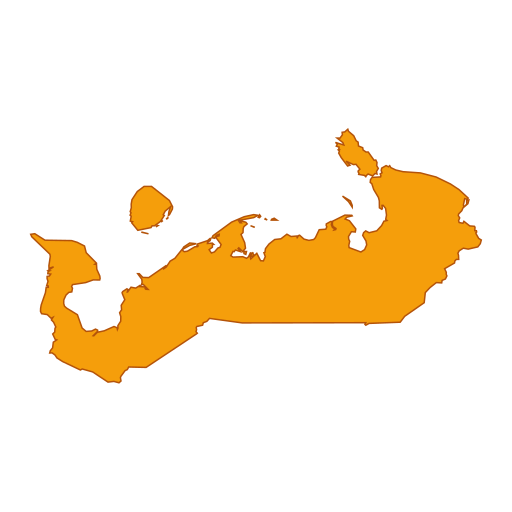 the Autonomous Province of Nenets
{"feature_id": "RUS-2381", "entity_name": "Nenets", "entity_type": "Autonomous Province", "adm_level": 1, "iso_a3": "RUS", "parent_name": "Russia", "parent_adm1": "", "projection": "mercator", "projection_center": [54.749, 68.144], "detail": "fine", "context": "isolated", "style": "filled", "palette": "amber", "viewbox_px": 512, "rotation_deg": 0, "n_neighbors": 0, "source": "natural_earth", "source_scale": "10m", "svg_char_len": 6064}
<svg xmlns="http://www.w3.org/2000/svg" viewBox="0 0 512 512"><path d="M49.7,353.0L50.3,350.7L52.6,347.9L53.3,342.2L56.7,339.9L55.2,339.4L52.7,334.0L54.7,332.1L55.0,328.3L55.8,327.0L53.6,322.2L51.4,319.9L52.9,317.4L51.1,318.3L47.3,314.6L41.6,313.7L40.5,311.4L40.6,308.4L41.2,305.0L45.4,292.8L46.2,287.3L48.3,287.3L48.2,285.9L46.7,285.5L48.0,281.3L47.1,278.7L47.1,276.4L49.4,276.0L50.7,274.1L47.8,273.7L48.1,271.5L49.6,270.8L48.1,270.5L53.6,266.8L49.0,268.3L48.9,265.6L50.3,256.4L49.9,254.2L31.8,236.8L30.7,234.3L34.8,233.7L45.0,240.2L71.6,240.6L77.2,242.3L84.5,246.0L86.2,252.7L96.4,263.1L94.9,264.2L96.5,264.4L96.8,269.3L99.8,276.0L100.1,278.5L99.7,280.0L93.2,279.9L85.7,282.6L72.5,284.6L71.6,286.6L72.5,288.2L71.8,291.9L68.8,292.4L66.0,295.1L63.8,299.9L63.7,303.5L64.5,306.2L66.6,308.1L77.4,314.7L82.1,328.0L86.1,331.4L91.7,331.0L95.5,329.1L97.6,330.1L97.7,331.2L93.2,335.7L93.8,335.8L97.3,332.3L104.3,330.8L114.0,326.5L117.0,327.7L117.4,329.5L117.9,328.4L117.9,325.6L120.7,321.2L120.8,316.6L119.6,312.7L121.6,309.8L121.2,305.3L124.8,299.7L122.3,293.6L122.1,292.5L122.8,291.5L126.9,288.8L127.9,289.4L127.3,292.0L127.7,291.9L131.0,287.2L135.7,288.1L140.0,285.4L140.8,286.2L140.0,286.6L144.5,286.9L145.9,288.0L145.2,288.7L145.9,289.3L148.1,289.4L143.2,284.4L141.5,284.8L142.1,282.3L141.8,279.3L137.7,273.7L139.3,273.7L142.8,277.4L148.7,277.6L166.5,265.3L163.0,269.3L166.2,267.1L170.2,261.1L174.9,258.3L181.8,249.7L184.2,251.7L187.4,251.2L194.8,246.8L197.7,246.6L198.1,245.9L197.0,245.6L197.5,244.0L207.6,240.6L210.0,238.5L210.8,238.4L210.1,240.7L207.6,242.2L207.4,243.5L212.3,243.1L213.7,244.4L212.4,244.5L212.4,247.2L209.1,249.7L211.4,253.0L214.5,251.9L217.9,248.0L220.0,247.3L221.1,244.5L216.3,238.0L216.4,236.5L219.0,235.9L219.2,234.3L216.4,235.3L214.7,238.3L212.0,237.7L213.0,235.7L231.6,222.1L244.2,216.7L253.7,214.6L258.0,215.3L253.8,217.6L238.5,220.5L239.9,222.8L241.3,222.8L240.4,221.7L241.2,221.0L245.8,222.2L247.2,223.9L243.9,226.6L243.2,228.5L243.0,232.6L241.0,234.4L244.7,242.7L245.5,248.2L242.7,251.6L238.8,247.8L238.1,248.5L240.4,251.6L235.4,250.0L234.1,251.7L233.0,251.4L230.8,255.7L233.1,257.1L242.8,256.7L246.5,258.3L248.4,256.9L250.4,252.9L251.1,253.0L250.1,256.1L250.8,258.9L256.8,253.3L260.6,260.7L263.4,260.9L265.3,256.6L263.9,252.7L264.9,252.4L265.5,248.6L269.0,244.0L274.7,239.5L280.9,238.8L286.9,234.2L291.0,236.5L297.1,236.0L297.4,236.5L296.9,238.4L298.4,235.6L299.6,235.2L304.0,239.1L308.9,240.4L313.7,239.5L315.4,237.7L319.2,229.7L325.8,229.2L326.8,226.8L326.2,225.5L326.3,223.9L330.6,221.5L332.1,221.5L331.3,224.7L332.5,227.5L334.8,228.9L334.0,230.0L335.7,229.6L336.0,228.5L332.9,226.4L332.3,224.1L332.6,221.2L344.9,215.1L351.8,215.3L352.2,215.9L346.7,217.2L345.1,219.0L349.4,220.7L355.8,228.9L355.3,232.0L351.4,231.7L348.5,236.5L348.7,239.2L349.7,241.3L348.8,245.3L349.1,247.6L360.9,252.0L364.6,249.6L366.7,244.9L366.0,241.0L362.7,235.4L363.6,232.7L365.7,230.9L369.1,232.7L376.8,230.8L381.6,225.6L383.9,221.2L387.0,220.5L385.7,219.3L386.5,215.1L385.6,208.4L383.1,205.3L382.0,205.4L382.4,208.6L381.8,209.3L379.4,207.8L379.3,200.8L378.4,197.4L373.7,189.5L371.8,183.7L370.2,182.4L370.5,179.6L372.1,177.4L380.6,176.9L380.9,175.6L380.2,173.9L382.0,172.8L381.2,170.4L381.7,168.1L386.1,165.6L388.5,166.8L389.7,165.7L390.8,167.6L395.8,170.0L403.1,171.7L420.4,172.9L436.1,177.0L450.5,184.0L459.0,189.6L468.2,198.1L467.4,199.3L464.7,198.6L463.4,204.9L463.8,207.0L466.7,204.2L466.6,200.5L468.9,200.0L467.9,203.7L463.0,207.9L461.8,210.7L458.6,214.0L458.3,215.7L459.7,217.9L458.6,220.5L459.1,222.5L462.9,223.3L463.9,221.3L469.7,225.9L474.4,226.3L475.0,227.2L474.8,230.6L476.4,230.7L476.7,232.0L475.8,232.9L476.3,234.2L478.7,238.4L481.3,240.0L480.3,243.7L477.8,246.9L468.2,249.1L463.3,248.2L459.2,250.8L457.9,253.2L458.5,255.2L458.7,259.4L456.4,259.4L454.9,260.8L454.5,263.0L444.6,268.7L446.3,272.3L446.2,274.2L446.9,275.9L445.4,279.0L442.1,280.4L441.7,282.9L436.3,282.6L430.0,287.6L425.3,292.6L424.2,302.7L404.7,316.3L400.2,322.2L369.1,323.4L365.8,325.2L364.9,324.3L365.8,322.7L242.1,322.9L209.5,318.4L206.8,321.4L203.3,322.7L202.6,325.2L196.8,326.5L196.2,327.6L196.6,329.6L196.0,331.7L197.3,333.2L196.5,333.9L146.1,367.4L128.7,367.0L127.3,369.6L125.1,370.6L120.9,376.3L120.4,377.6L121.0,381.0L119.0,382.8L113.9,381.4L108.0,382.1L92.6,371.9L82.2,369.0L80.4,370.0L62.7,361.6L57.0,358.0L54.9,354.9L52.1,352.9L49.7,353.0ZM172.6,206.8L172.4,209.1L169.5,214.6L168.4,215.5L168.9,211.7L170.6,206.6L165.2,211.1L163.2,214.8L164.3,215.5L160.5,221.4L154.5,225.8L152.1,225.8L151.0,227.6L137.8,230.3L131.7,222.8L132.6,221.7L130.3,221.1L131.2,216.2L130.1,215.2L131.0,212.8L130.2,211.7L131.3,207.8L131.2,204.1L132.0,199.6L137.3,191.5L144.1,186.4L151.5,186.4L169.4,200.5L172.6,206.8ZM378.3,168.4L376.5,171.5L377.0,174.0L375.0,173.5L372.6,175.9L368.1,174.0L365.8,176.0L366.1,177.2L364.5,175.4L358.7,174.4L359.0,173.5L358.1,171.8L358.3,170.7L359.9,169.2L356.0,164.3L353.5,164.6L346.1,161.2L350.0,165.2L347.6,166.0L341.2,157.6L338.7,153.1L339.4,151.1L338.2,149.9L339.5,149.5L338.8,148.7L339.1,147.1L336.3,146.2L337.3,144.2L335.5,142.4L343.8,145.0L342.8,142.5L337.1,138.1L340.0,138.1L342.4,134.8L342.1,132.3L344.8,131.9L347.8,129.2L348.5,131.3L353.7,135.7L356.2,140.8L358.1,142.1L358.5,146.0L362.7,147.7L363.1,150.0L366.0,152.0L368.2,152.0L374.1,160.3L375.8,160.0L377.0,162.5L376.7,165.7L378.3,168.4ZM189.7,243.0L196.3,243.7L189.7,245.4L182.1,249.7L183.7,247.0L189.7,243.0ZM352.2,205.3L352.2,207.1L348.5,201.6L342.5,196.1L350.4,200.9L352.2,205.3ZM252.6,253.2L253.6,254.4L253.0,256.2L250.7,256.4L251.5,253.8L253.3,252.3L252.6,253.2ZM243.8,251.5L246.5,251.5L245.8,254.4L244.0,253.6L243.8,251.5ZM274.2,218.2L277.0,220.1L271.3,220.1L271.6,219.3L274.2,218.2ZM259.6,214.8L260.7,216.3L259.5,217.7L258.2,217.3L259.6,214.8ZM250.5,225.7L254.2,227.0L254.6,227.4L250.5,225.7ZM142.2,232.2L148.5,233.8L141.3,232.2L142.2,232.2ZM265.3,218.6L267.2,220.0L265.0,219.1L265.3,218.6ZM157.5,225.5L158.0,225.6L155.9,226.9L157.5,225.5ZM166.1,219.1L168.3,217.3L167.5,218.5L166.1,219.1ZM161.2,222.0L162.9,220.5L161.1,222.1L161.2,222.0Z" fill="#f59e0b" stroke="#b45309" stroke-width="1.5"/></svg>